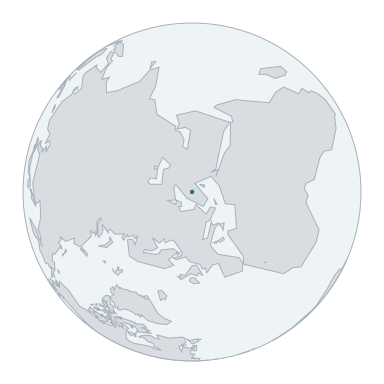 Kirsehir highlighted on a globe, orthographic projection, rotated 228°
{"feature_id": "TUR-2286", "entity_name": "Kirsehir", "entity_type": "Province", "adm_level": 1, "iso_a3": "TUR", "parent_name": "Turkey", "parent_adm1": "", "projection": "orthographic", "projection_center": [34.21, 39.339], "detail": "coarse", "context": "on_globe", "style": "filled", "palette": "teal", "viewbox_px": 384, "rotation_deg": 228, "n_neighbors": 0, "source": "natural_earth", "source_scale": "10m", "svg_char_len": 10835}
<svg xmlns="http://www.w3.org/2000/svg" viewBox="0 0 384 384"><g transform="rotate(228 192 192)"><circle cx="192" cy="192" r="169" fill="#eef3f6" stroke="#a8b0b8"/><path d="M148.0,28.9L148.8,28.7L154.9,27.2L158.4,26.5L173.9,25.6L193.9,25.7L200.9,25.2L198.8,26.1L212.7,25.2L224.0,26.8L210.7,25.5L209.0,25.9L216.5,26.9L216.3,27.5L219.8,28.6L219.0,29.4L211.3,29.1L210.6,29.7L215.9,30.5L218.4,32.1L210.7,30.8L214.3,33.7L202.1,34.5L182.2,32.0L174.9,34.7L153.0,38.4L154.5,39.4L147.1,42.0L146.1,44.2L142.3,44.7L144.7,46.2L148.4,45.4L150.6,45.8L150.4,47.2L145.5,47.9L145.0,47.3L143.4,48.2L141.1,48.0L142.1,48.9L136.2,49.8L141.5,51.0L136.5,53.5L132.7,53.6L133.8,50.8L127.6,45.4L124.2,45.4L118.2,47.7L105.6,57.5L101.5,58.8L95.4,62.7L97.3,63.0L102.8,60.2L104.9,62.1L111.3,58.8L113.1,59.2L119.4,57.4L117.7,60.8L112.6,65.3L107.3,67.1L104.9,69.3L109.4,70.3L98.9,77.0L91.0,87.3L88.3,88.9L84.2,86.5L85.8,78.9L80.5,77.4L83.1,81.8L76.5,86.4L75.1,88.8L75.0,90.7L77.2,90.4L74.7,92.9L71.2,89.1L73.4,86.7L74.5,87.8L75.1,84.5L72.7,82.7L69.6,85.6L69.3,81.0L67.0,83.1L65.7,83.6L69.3,80.3L62.8,86.3L61.9,84.4L55.6,92.2L61.5,84.6L62.6,83.3L63.1,82.8L71.7,73.4L81.0,64.6L90.9,56.6L101.4,49.4L112.5,42.9L123.9,37.4L135.8,32.7L148.0,28.9ZM27.9,151.6L26.9,156.5L26.7,157.3L24.0,175.9L24.0,190.8L24.0,198.9L23.7,201.0L24.4,205.9L24.4,208.3L29.6,227.7L34.5,241.9L35.9,249.8L34.7,252.2L37.7,260.8L33.1,249.3L29.3,237.5L26.4,225.4L24.4,213.2L23.3,200.8L23.1,188.4L23.8,176.0L25.4,163.7L27.9,151.6ZM51.9,97.6L53.4,95.5L52.3,97.1L51.9,97.6ZM153.9,27.4L160.0,26.2L155.0,27.2L149.6,28.5L151.4,28.0L153.9,27.4ZM170.3,24.8L168.0,25.2L165.9,25.2L167.9,25.0L170.3,24.8ZM206.0,24.9L202.0,24.6L206.0,24.7L206.0,24.9ZM220.5,28.6L221.7,28.5L223.0,29.1L220.5,28.6ZM119.9,55.7L119.6,56.5L118.6,56.4L119.9,55.7ZM122.9,54.2L121.9,53.5L123.1,52.7L123.7,53.2L122.9,54.2ZM222.9,31.0L224.7,32.2L221.5,30.9L222.9,31.0ZM123.8,55.3L125.5,51.4L127.8,50.1L131.9,50.8L123.8,55.3ZM224.8,32.9L229.2,36.1L232.2,36.1L226.1,38.2L224.4,34.6L220.1,32.8L223.6,33.4L224.8,32.9ZM149.6,44.6L145.7,45.4L149.2,43.5L149.6,44.6ZM151.3,43.2L158.8,37.3L164.4,37.0L160.8,38.9L168.2,37.7L167.3,40.4L163.0,41.6L159.5,41.3L161.8,42.6L151.3,43.2ZM222.0,39.1L222.0,40.0L220.6,39.0L222.0,39.1ZM151.8,45.9L152.8,44.6L157.8,44.1L156.7,46.7L155.4,46.0L151.8,45.9ZM170.7,36.2L174.1,36.5L174.3,38.7L175.7,39.1L167.8,40.4L170.7,36.2ZM154.2,46.8L156.0,48.0L153.4,49.5L151.2,47.1L154.2,46.8ZM159.5,43.0L161.8,43.0L160.2,43.8L159.5,43.0ZM145.3,56.1L146.4,54.3L149.0,53.9L145.3,56.1ZM156.8,48.4L157.7,47.8L158.9,47.5L159.5,48.7L156.8,48.4ZM168.5,42.0L167.8,42.9L171.7,41.5L172.0,43.3L166.7,44.0L169.1,44.5L169.2,45.0L164.7,45.0L168.5,42.0ZM163.6,49.0L156.9,50.8L154.3,54.1L151.9,54.5L156.5,49.2L163.6,49.0ZM164.7,46.6L163.5,48.1L161.0,47.7L160.3,46.4L164.7,46.6ZM174.1,44.4L175.1,41.5L176.2,41.5L174.1,44.4ZM163.4,50.0L165.0,49.6L163.5,50.3L163.4,50.0ZM171.4,46.1L171.5,45.1L172.8,45.1L171.4,46.1ZM168.1,49.7L165.9,50.2L165.4,49.3L168.1,49.7ZM170.0,48.1L171.7,48.4L166.5,48.7L169.8,47.6L170.0,48.1ZM172.6,46.3L173.4,46.0L172.3,46.8L172.6,46.3ZM171.4,53.1L164.9,53.7L163.7,51.5L170.2,51.3L171.4,53.1ZM71.5,250.4L63.5,222.8L68.3,216.3L69.8,205.6L103.6,182.1L110.1,187.2L135.9,190.1L139.0,192.3L135.2,200.7L153.9,215.4L160.9,208.9L178.6,216.5L190.9,216.6L196.6,199.9L176.5,199.3L173.8,190.8L190.5,184.1L208.2,184.9L207.7,181.6L197.1,174.5L201.8,168.4L193.5,171.6L196.4,175.0L191.3,177.2L188.4,174.3L190.1,172.2L185.0,170.6L177.8,181.9L180.0,186.6L166.1,187.6L168.4,195.6L164.4,198.8L159.1,186.6L160.1,182.4L149.6,168.2L147.3,172.6L157.0,186.5L153.7,185.0L150.6,191.8L150.3,185.5L140.3,169.8L128.2,169.7L111.7,183.1L104.8,182.1L99.6,176.2L106.8,159.5L121.3,163.8L124.0,158.6L122.1,149.0L126.7,151.3L127.6,148.1L133.2,149.4L142.0,143.5L147.8,144.1L152.3,134.7L155.8,133.9L152.2,139.6L152.8,144.1L167.3,146.0L170.4,144.3L172.1,138.2L175.9,139.8L175.7,133.6L184.5,132.1L173.6,129.1L175.3,122.5L181.1,118.0L179.7,115.5L170.2,122.9L168.2,126.4L169.6,130.2L162.4,140.2L157.2,141.2L157.3,129.2L149.9,129.5L153.2,120.6L176.9,105.0L186.3,102.7L199.7,112.1L197.0,116.1L190.8,114.5L195.6,121.8L195.7,118.4L198.8,119.9L201.2,114.5L203.6,115.4L201.9,109.0L205.1,109.4L206.1,113.5L212.4,106.5L219.1,106.3L219.4,104.4L217.8,102.4L227.5,103.8L227.3,102.3L224.1,101.3L221.5,97.8L220.8,92.4L224.2,93.1L224.9,95.2L231.5,100.9L232.9,106.7L234.2,106.5L233.8,101.7L225.8,94.6L224.4,91.2L228.6,94.0L227.0,92.7L227.3,91.2L230.9,90.6L226.4,87.4L225.9,72.1L232.7,69.9L236.5,73.7L239.7,65.2L247.2,64.3L244.2,63.2L243.7,58.9L241.3,59.1L239.8,58.3L237.5,48.5L239.6,47.2L235.1,42.6L233.6,42.1L231.8,42.8L226.1,38.2L232.2,36.1L235.4,37.2L237.0,35.5L244.1,38.3L250.8,40.2L257.6,44.9L262.3,46.3L262.3,45.6L268.7,47.3L281.6,54.1L270.8,51.8L251.4,44.1L259.3,47.3L257.4,47.7L260.1,49.7L265.7,52.1L266.4,51.7L274.7,62.9L287.8,73.6L287.2,69.1L290.9,69.3L305.2,79.6L321.7,103.7L326.8,105.9L329.8,109.4L331.3,114.7L327.0,109.6L324.9,110.6L322.3,107.2L323.3,114.5L319.5,110.0L322.2,118.3L325.6,120.4L326.1,115.3L330.0,125.0L335.6,127.0L340.7,134.4L346.1,155.7L345.0,167.5L345.9,170.5L343.1,170.6L343.0,179.5L350.8,188.4L351.8,192.7L349.9,207.0L349.2,204.1L342.0,204.3L343.2,215.7L348.7,218.1L350.7,225.6L347.6,227.2L345.2,220.8L342.6,220.6L341.5,211.2L336.0,200.5L332.6,207.4L331.2,201.8L323.0,194.9L317.2,204.4L309.1,227.6L310.8,242.2L306.8,251.1L294.9,235.7L289.8,222.6L285.4,226.1L273.2,217.8L251.9,223.9L249.0,220.6L245.0,223.5L236.4,221.3L232.0,215.4L226.8,216.8L238.6,232.1L244.2,230.6L249.1,222.8L251.3,228.5L259.5,231.8L250.0,248.8L218.6,266.6L215.7,255.7L193.1,225.0L193.9,221.3L193.8,220.9L193.6,220.1L191.2,226.2L187.4,219.8L199.3,242.2L201.1,251.6L218.1,267.3L216.5,269.1L222.0,271.9L240.0,265.0L240.1,268.6L231.4,286.2L206.7,309.0L210.1,321.0L208.6,330.6L193.6,337.0L195.4,343.1L187.7,345.2L187.5,348.2L181.5,351.0L171.5,352.9L153.8,350.6L152.4,348.2L143.0,341.7L129.9,324.2L133.9,317.3L132.2,310.4L119.5,291.3L122.3,282.4L119.0,277.3L112.1,276.3L108.3,270.0L104.2,268.5L78.9,261.2L71.5,250.4ZM91.3,197.7L90.2,200.8L91.3,197.7ZM226.6,194.3L237.4,193.3L233.0,183.2L236.7,182.1L233.9,179.2L232.6,182.5L225.6,174.4L230.4,170.5L229.3,166.0L225.6,166.2L218.0,174.7L227.9,186.1L225.3,190.8L226.6,194.3ZM26.9,156.8L26.3,159.6L26.6,157.8L26.9,156.8ZM34.9,130.6L33.9,133.8L34.4,131.6L34.9,130.6ZM40.2,117.7L35.7,128.3L36.7,125.4L40.2,117.7ZM49.0,101.9L49.0,102.0L49.0,101.9ZM51.1,98.9L51.4,98.4L52.5,96.9L51.1,98.9ZM76.7,86.6L76.9,87.0L76.3,89.3L75.5,88.9L76.7,86.6ZM80.1,96.6L76.2,100.5L78.4,97.2L76.5,97.1L79.0,90.5L87.1,89.5L83.0,91.0L80.1,96.6ZM84.5,81.9L82.0,85.9L84.4,81.6L84.5,81.9ZM127.6,130.4L129.2,133.2L126.5,136.5L119.2,136.8L122.9,131.9L127.6,130.4ZM132.0,136.5L134.2,125.1L138.8,124.8L135.8,126.8L138.7,127.8L134.7,131.4L137.0,142.7L134.8,146.4L122.4,144.2L127.7,142.7L125.9,139.9L132.0,136.5ZM131.5,100.0L132.5,96.1L141.3,100.4L139.3,103.7L131.9,103.9L129.8,100.2L131.5,100.0ZM130.9,57.7L130.7,56.6L132.0,56.3L133.3,57.0L130.9,57.7ZM145.6,55.3L133.1,62.5L132.3,61.5L126.0,67.4L121.3,67.2L125.5,63.3L117.2,67.8L119.2,64.2L113.8,67.6L123.7,58.9L125.1,56.2L125.3,59.3L129.6,59.5L131.8,58.7L139.3,54.8L144.4,49.4L149.5,49.1L151.7,50.3L151.2,51.6L148.1,51.3L149.7,53.2L144.8,53.8L145.6,55.3ZM174.5,70.1L171.0,68.4L173.5,74.0L168.6,73.9L169.2,74.6L165.4,76.1L161.7,79.3L159.6,78.8L159.1,80.3L156.6,81.5L155.2,83.4L150.9,83.2L148.9,85.7L148.0,84.2L145.6,88.5L145.5,85.3L142.2,86.8L144.1,89.2L124.5,85.4L116.4,86.9L109.7,90.2L110.4,84.7L117.1,78.4L126.5,72.9L134.2,72.4L133.1,70.2L136.5,69.5L136.0,71.5L138.8,67.9L141.4,67.9L149.8,64.2L152.3,59.5L155.4,58.2L155.7,60.0L158.6,57.5L161.4,60.2L163.7,59.4L168.7,61.4L168.0,65.7L170.6,64.6L174.5,66.3L174.5,70.1ZM172.7,53.8L173.0,58.5L170.4,61.0L162.8,56.4L160.3,56.8L155.3,54.4L159.1,51.0L160.2,52.0L162.1,52.2L160.2,53.1L163.2,52.5L164.8,53.9L167.5,53.8L166.9,55.3L172.7,53.8ZM143.0,189.6L145.5,190.5L149.5,190.8L147.6,195.3L143.0,189.6ZM136.0,179.0L138.3,178.9L137.6,185.0L135.0,184.2L136.0,179.0ZM140.1,173.9L138.5,178.5L137.8,175.6L140.1,173.9ZM154.4,139.3L157.0,139.0L157.0,140.4L155.3,142.4L154.4,139.3ZM180.7,88.1L179.1,86.4L180.0,85.7L179.8,81.1L183.4,81.0L184.9,83.8L180.7,88.1ZM192.9,202.8L189.0,206.0L187.3,204.4L189.0,203.6L192.9,202.8ZM167.0,201.3L172.6,203.9L166.4,202.4L167.0,201.3ZM184.5,87.2L184.0,85.3L186.1,86.5L184.5,87.2ZM186.0,80.7L188.5,81.7L183.8,80.4L186.0,80.7ZM237.7,325.5L226.2,341.8L218.1,342.9L216.6,339.1L220.8,329.7L230.2,325.7L234.7,320.4L237.7,325.5ZM357.5,226.0L357.8,224.4L357.9,224.2L357.5,226.0ZM357.3,226.7L353.0,238.8L350.8,241.9L351.7,238.6L355.3,231.5L357.3,226.7ZM351.5,238.9L347.6,239.9L339.2,231.1L342.3,228.0L350.4,229.0L350.0,231.6L352.4,232.2L351.5,238.9ZM359.4,209.6L358.9,216.1L356.9,222.4L355.7,224.5L355.0,219.2L355.4,214.3L356.5,211.9L358.4,189.3L359.6,189.0L359.5,197.5L360.2,199.7L359.4,209.6ZM311.6,243.1L315.6,249.2L313.2,252.2L311.6,243.1ZM357.6,176.4L357.9,186.0L357.1,174.8L357.6,176.4ZM356.1,167.2L356.9,169.8L355.9,168.6L356.1,167.2ZM347.4,174.5L346.4,177.8L345.5,175.8L346.4,170.5L347.4,174.5ZM344.6,140.8L347.6,146.6L348.4,149.1L346.5,146.8L344.6,140.8ZM214.5,86.2L210.8,92.6L210.5,97.7L214.1,101.1L207.5,99.3L207.9,91.4L214.5,86.2ZM224.1,73.6L220.9,71.0L223.3,70.6L224.4,71.2L224.1,73.6ZM221.5,73.1L215.8,73.0L214.6,70.6L219.4,71.1L221.5,73.1ZM200.1,79.6L198.8,81.4L197.1,80.3L200.1,79.6ZM360.5,205.0L360.5,204.0L360.2,208.5L359.7,212.7L359.6,213.3L360.0,208.5L360.5,199.8L360.6,195.2L360.9,186.8L360.5,199.0L360.6,201.3L360.9,195.0L360.7,201.4L360.6,202.3L360.5,205.0ZM360.1,177.1L359.4,175.3L359.5,179.9L358.5,167.6L359.5,171.3L360.1,177.1ZM358.2,169.1L358.5,173.3L357.7,166.8L358.2,169.1ZM358.0,172.4L357.2,169.3L357.5,167.8L358.0,172.4ZM358.3,167.9L356.9,161.8L357.8,164.1L358.3,167.9ZM354.9,162.8L356.9,163.9L355.7,167.2L351.9,156.7L352.2,154.1L354.9,162.8ZM332.5,107.6L330.4,105.4L329.5,102.6L331.2,104.9L332.5,107.6ZM324.8,92.6L328.6,101.2L331.3,108.7L332.2,108.4L335.9,114.3L332.6,112.2L328.2,103.5L326.8,98.7L323.2,94.3L320.1,89.1L315.6,85.0L313.1,81.9L316.8,84.2L324.8,92.6ZM313.7,83.5L304.7,75.8L304.6,73.0L306.6,74.1L310.7,78.7L310.5,79.9L313.7,83.5ZM302.5,73.3L302.2,74.4L288.3,68.0L285.4,66.1L295.9,68.9L296.2,70.2L299.6,72.5L302.5,73.3ZM223.8,40.1L222.1,40.0L223.2,39.5L223.8,40.1ZM238.6,58.5L236.7,57.3L238.0,56.6L238.6,58.5ZM232.3,53.8L232.1,55.4L230.9,53.4L232.3,53.8ZM231.9,59.3L231.4,55.9L233.9,59.6L231.9,59.3Z" fill="#d9dde1" stroke="#a8b0b8" stroke-width="1"/><path d="M191.4,193.0L191.4,192.9L191.2,192.8L190.9,192.7L190.5,192.4L190.4,192.2L190.7,191.8L191.1,191.5L191.2,191.2L191.3,190.9L191.7,190.6L191.8,190.7L192.1,190.9L192.4,190.9L192.5,191.0L192.8,191.5L193.0,191.6L193.2,191.8L192.9,191.8L192.9,192.0L193.0,192.2L192.9,192.4L193.1,192.7L193.0,192.8L192.7,192.9L192.4,193.1L192.4,193.4L192.1,193.2L191.9,193.2L191.7,193.3L191.7,193.2L191.4,193.0L191.4,193.0Z" fill="#14b8a6" stroke="#0f766e" stroke-width="1.5"/></g></svg>